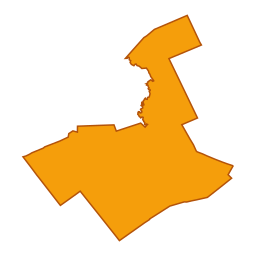 the district of Dracea, Teleorman, Romania
{"feature_id": "2599482B41150428898624", "entity_name": "Dracea", "entity_type": "district", "adm_level": 2, "iso_a3": "ROU", "parent_name": "Romania", "parent_adm1": "Teleorman", "projection": "equal_earth", "projection_center": [25.009, 43.874], "detail": "fine", "context": "isolated", "style": "filled", "palette": "amber", "viewbox_px": 256, "rotation_deg": 0, "n_neighbors": 0, "source": "geoboundaries", "source_scale": "gbopen_adm2", "svg_char_len": 2055}
<svg xmlns="http://www.w3.org/2000/svg" viewBox="0 0 256 256"><path d="M119.4,240.6L121.0,239.5L144.7,222.7L146.9,221.3L149.6,219.5L149.7,219.2L149.7,218.9L163.7,210.0L169.8,206.1L184.2,201.9L186.7,202.0L191.8,200.8L196.7,199.8L207.4,197.4L219.7,187.7L231.6,178.2L228.1,174.7L233.0,166.1L232.6,165.6L227.4,163.9L222.4,162.1L215.2,159.3L207.0,155.9L202.6,153.9L197.1,151.8L196.2,150.9L193.4,144.7L189.8,138.8L181.8,124.7L197.5,118.0L178.9,79.3L168.9,58.6L191.0,49.4L201.4,45.0L199.8,42.3L187.2,15.4L180.2,18.4L154.4,29.4L146.5,36.0L143.9,37.6L131.3,51.7L125.4,58.4L127.2,58.3L128.2,57.2L129.2,57.5L129.3,59.8L130.7,60.6L130.1,62.4L131.4,64.4L133.9,65.7L135.0,64.3L136.0,64.0L137.1,65.6L139.0,66.1L140.3,67.1L141.8,68.5L146.4,68.1L148.4,70.9L149.0,73.0L149.9,74.2L150.7,76.5L153.7,80.6L153.7,80.9L152.7,81.3L150.8,79.8L147.9,81.8L147.8,82.9L146.3,83.7L147.2,83.9L147.2,84.6L146.7,84.8L146.6,85.1L148.0,85.3L148.2,86.7L149.0,87.9L148.2,88.7L148.8,89.6L150.0,89.6L150.2,90.5L149.2,91.3L150.1,93.7L149.3,96.7L148.8,97.3L148.1,97.2L147.5,97.6L147.2,99.3L145.8,99.1L145.3,98.2L144.4,99.2L143.9,100.4L143.1,101.2L143.1,102.1L141.9,102.2L141.7,102.6L141.8,103.2L141.7,103.7L142.1,103.9L143.5,103.5L143.9,104.7L143.8,105.0L142.9,105.1L142.1,104.8L141.7,104.8L141.1,105.4L141.4,105.8L141.7,106.0L142.6,106.2L142.7,108.0L141.4,108.7L140.6,109.1L140.5,109.3L140.8,109.9L141.8,111.2L141.8,111.8L141.6,112.6L140.5,113.0L140.0,112.7L140.0,112.2L139.3,111.7L138.5,111.7L138.5,112.6L138.0,112.6L137.8,114.4L138.7,115.2L139.2,116.5L139.9,116.9L140.7,117.9L142.0,117.0L143.2,117.4L142.7,119.8L143.5,120.4L143.7,121.6L144.7,122.4L144.7,124.4L145.5,124.8L146.5,124.0L147.5,124.4L145.1,127.1L140.7,123.1L116.3,131.1L116.1,130.6L114.0,124.9L99.3,125.4L86.0,125.9L77.5,126.2L77.4,132.1L72.9,130.9L68.8,133.6L68.2,137.1L59.9,141.0L44.7,146.9L43.3,148.1L31.9,152.8L29.4,154.3L25.9,156.0L23.0,156.8L31.3,167.7L35.4,173.2L37.1,175.5L37.8,176.3L59.2,203.9L60.4,205.4L69.1,199.2L80.2,191.2L104.0,221.1L115.1,235.1L119.4,240.6Z" fill="#f59e0b" stroke="#b45309" stroke-width="1.5"/></svg>